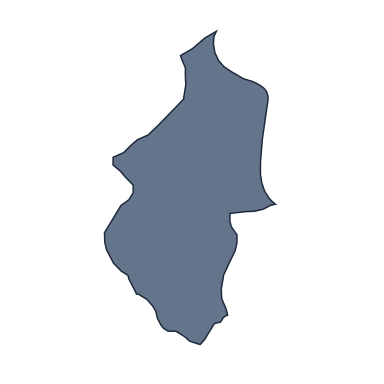 Sinyang, P'yŏngan-namdo, North Korea (Robinson projection), rotated 346°
{"feature_id": "82179303B23592668869801", "entity_name": "Sinyang", "entity_type": "district", "adm_level": 2, "iso_a3": "PRK", "parent_name": "North Korea", "parent_adm1": "P'yŏngan-namdo", "projection": "robinson", "projection_center": [126.57, 39.355], "detail": "fine", "context": "isolated", "style": "filled", "palette": "slate", "viewbox_px": 384, "rotation_deg": 346, "n_neighbors": 0, "source": "geoboundaries", "source_scale": "gbopen_adm2", "svg_char_len": 1302}
<svg xmlns="http://www.w3.org/2000/svg" viewBox="0 0 384 384"><g transform="rotate(346 192 192)"><path d="M188.2,325.1L192.3,321.2L196.1,320.0L196.7,320.2L196.8,313.9L195.0,302.6L196.9,293.3L202.7,280.1L210.2,270.8L219.6,259.5L223.4,252.0L225.3,244.5L221.7,235.1L221.7,229.5L223.6,222.0L238.5,223.9L247.8,225.8L257.1,225.9L264.6,224.0L270.0,224.0L269.9,223.9L267.4,220.4L265.1,216.2L262.7,208.8L261.9,200.3L262.7,191.4L265.7,179.5L271.9,161.1L273.2,157.3L287.8,121.6L288.9,117.5L288.7,112.9L287.3,109.4L284.7,105.9L281.4,102.6L277.8,99.7L269.3,94.5L259.3,84.8L253.2,78.0L249.5,70.5L247.9,62.5L248.6,53.6L250.9,46.4L254.5,42.0L241.9,45.6L226.9,53.1L213.9,56.8L213.9,58.7L215.6,70.0L213.7,77.5L211.8,86.8L206.1,100.0L178.6,117.1L176.1,118.7L163.1,126.1L151.9,128.0L144.4,131.7L135.1,137.3L123.9,139.2L121.9,146.7L127.4,154.2L131.1,161.7L136.6,171.1L134.7,178.6L129.0,184.2L119.7,188.0L112.2,195.5L102.8,204.8L97.2,210.4L95.2,219.8L95.1,227.3L96.9,234.8L98.7,242.3L104.2,251.7L109.7,257.4L109.7,261.1L111.5,268.7L113.3,276.2L113.3,277.6L115.1,278.0L118.8,281.8L122.5,285.6L126.2,293.1L128.0,298.7L127.9,306.2L129.7,313.7L131.5,317.5L135.2,321.3L142.7,323.2L150.0,330.7L153.7,336.3L163.0,342.0L168.6,338.2L174.2,332.6L181.8,325.1L188.2,325.1Z" fill="#64748b" stroke="#1e293b" stroke-width="1.5"/></g></svg>